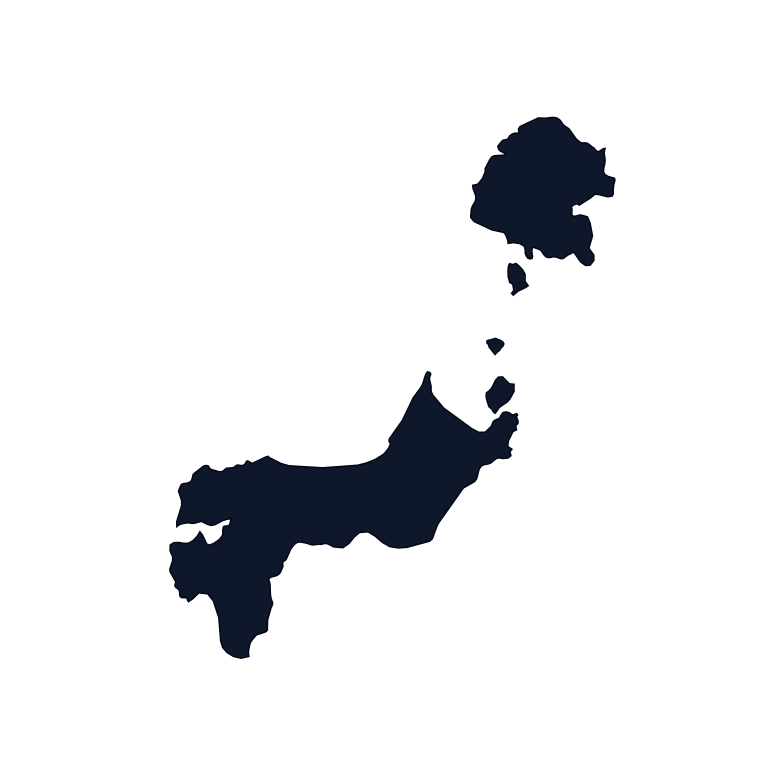 SVG path tracing the border of Bangka-Belitung, rotated 286°
{"feature_id": "IDN-1231", "entity_name": "Bangka-Belitung", "entity_type": "Province", "adm_level": 1, "iso_a3": "IDN", "parent_name": "Indonesia", "parent_adm1": "", "projection": "mercator", "projection_center": [106.711, -2.366], "detail": "fine", "context": "isolated", "style": "filled", "palette": "ink", "viewbox_px": 768, "rotation_deg": 286, "n_neighbors": 0, "source": "natural_earth", "source_scale": "10m", "svg_char_len": 5422}
<svg xmlns="http://www.w3.org/2000/svg" viewBox="0 0 768 768"><g transform="rotate(286 384 384)"><path d="M395.4,421.2L404.3,421.4L407.7,422.4L407.7,425.1L406.4,426.2L404.9,426.2L403.2,426.0L401.1,426.4L394.8,429.9L392.8,430.4L389.4,431.6L386.4,434.5L377.3,448.0L365.3,480.7L363.7,488.3L365.5,494.5L372.4,498.6L374.5,499.0L377.2,499.2L378.9,499.9L380.7,501.6L381.8,503.3L383.3,504.6L386.2,505.1L389.5,506.4L390.9,509.4L390.8,512.9L389.5,515.8L391.3,518.7L392.1,519.7L390.7,521.0L389.0,520.2L387.6,521.3L385.9,522.8L383.6,523.6L382.2,523.2L381.0,522.5L379.7,522.2L376.5,524.0L375.5,523.2L374.8,521.9L373.7,521.0L363.2,519.2L358.0,520.2L356.6,525.0L354.7,524.1L354.0,523.6L350.0,525.8L347.1,523.7L345.3,519.4L344.7,515.1L343.8,513.0L341.8,511.3L337.6,508.5L336.0,506.4L333.7,501.9L331.6,499.9L327.9,498.9L318.7,499.2L315.2,498.0L305.9,488.9L266.1,475.0L262.3,474.1L248.6,473.1L245.5,471.2L233.3,451.1L230.4,443.1L229.3,434.3L231.3,426.1L235.2,417.7L237.5,409.4L234.5,401.4L228.5,397.4L221.2,394.4L215.3,389.6L213.5,380.4L214.7,374.9L214.8,372.7L214.3,370.9L212.6,367.9L211.8,364.8L210.0,360.9L209.5,358.8L209.6,352.3L209.0,346.8L208.0,344.5L206.1,342.7L203.0,341.1L199.8,339.9L188.5,338.3L187.6,337.9L185.6,336.2L184.8,335.8L183.6,336.0L181.5,336.9L180.8,337.1L174.6,336.4L172.9,335.8L170.3,333.7L167.2,328.6L165.0,326.7L160.4,329.5L150.7,332.7L146.7,334.5L142.9,337.3L141.1,337.6L137.4,337.1L125.0,337.1L115.3,339.7L113.7,339.0L112.7,338.0L108.6,332.0L107.9,330.6L100.6,327.3L97.4,326.7L90.9,327.2L87.5,328.0L84.9,329.2L81.1,322.4L80.6,314.6L82.6,307.2L86.2,301.6L91.8,297.9L113.7,289.7L128.5,279.7L133.7,272.3L132.2,263.6L124.6,259.2L120.9,256.0L122.3,254.5L123.8,253.8L123.9,252.2L122.9,248.5L123.6,246.5L125.4,245.6L127.5,245.0L129.4,243.9L130.1,242.8L131.2,239.9L132.2,238.7L133.2,238.4L135.7,238.6L136.8,238.0L144.6,230.1L146.9,229.2L155.8,229.5L159.4,228.6L161.2,227.4L162.6,225.9L165.0,224.2L170.4,222.9L173.6,225.8L175.1,230.5L175.6,235.3L177.0,239.9L180.8,243.6L185.9,246.3L191.2,247.8L189.0,250.9L181.4,257.7L181.0,260.5L183.6,264.0L187.2,267.1L189.8,268.9L193.6,270.4L196.1,270.3L198.6,269.4L202.3,268.9L203.2,269.6L204.6,273.0L205.6,274.1L207.0,274.4L212.3,274.1L210.7,270.3L208.2,266.6L202.3,260.4L200.4,256.9L200.4,253.2L201.7,245.9L201.1,245.4L197.8,240.0L197.2,238.2L196.7,235.1L196.4,233.4L195.2,230.7L193.8,228.1L192.1,225.8L189.8,224.2L194.5,222.7L211.6,223.0L216.4,221.5L224.3,216.0L227.9,216.3L231.6,216.9L233.1,218.9L234.2,221.7L236.5,224.8L238.1,225.5L240.2,225.7L244.4,225.5L245.6,226.1L254.6,232.6L256.1,234.1L256.8,236.1L256.6,238.0L254.7,239.7L254.2,241.9L254.2,249.8L254.9,252.2L256.5,253.7L258.2,254.7L259.5,255.7L260.3,257.4L261.4,260.8L262.1,262.2L263.2,263.3L264.5,264.1L265.6,265.1L266.0,266.9L266.2,269.2L267.0,271.1L268.4,272.4L270.7,272.8L272.4,273.6L272.3,275.5L271.6,277.7L271.3,279.2L281.5,290.7L282.5,292.4L281.6,294.3L279.2,306.8L279.2,315.2L286.5,348.0L298.7,381.2L303.5,389.3L309.2,396.5L315.9,402.6L319.1,404.4L324.0,406.2L328.4,406.8L330.3,404.6L332.6,404.2L354.1,411.7L378.9,415.9L391.4,420.6L395.4,421.2ZM687.4,476.5L686.4,480.0L684.6,482.5L682.8,484.6L682.0,486.3L680.3,491.4L672.4,501.4L670.2,506.6L670.4,508.3L671.4,511.4L671.4,513.1L670.9,515.0L669.3,518.7L668.9,520.3L668.5,521.2L667.6,522.3L666.7,523.8L666.3,525.6L667.1,527.0L670.4,529.7L671.4,531.6L667.1,531.8L660.3,534.8L656.4,535.5L651.9,535.7L648.5,536.5L646.3,538.5L645.3,542.0L645.3,548.9L643.4,549.8L638.0,550.0L633.4,550.9L630.0,552.0L627.5,551.5L625.6,547.3L625.3,538.5L624.6,534.5L619.9,531.3L609.7,522.3L610.1,522.0L610.3,520.7L609.9,518.9L608.5,517.1L606.3,515.4L605.3,515.6L604.1,516.5L601.4,517.1L597.7,518.2L597.7,521.0L600.7,526.2L600.8,533.4L595.7,537.6L583.8,543.6L571.0,543.5L565.8,550.1L560.5,551.7L555.0,549.4L553.5,545.1L555.5,539.4L562.3,531.0L562.7,530.1L562.2,528.9L561.3,528.1L560.5,527.5L559.2,525.7L554.1,521.6L553.3,519.9L553.3,517.6L553.5,515.2L553.4,513.1L552.7,511.1L551.7,509.4L550.9,507.6L550.8,505.1L551.8,502.8L555.3,498.6L556.1,496.7L556.6,489.8L555.5,489.0L552.1,489.6L547.4,491.7L545.5,491.7L544.4,489.6L544.8,487.3L546.5,485.2L548.9,483.6L551.4,483.0L555.2,480.8L556.4,475.6L555.6,469.4L553.4,464.6L555.9,463.5L558.9,461.5L561.5,459.2L562.7,457.3L561.9,445.1L565.0,425.9L568.0,421.4L575.9,419.8L579.0,419.9L584.5,421.3L587.6,421.2L590.7,420.0L596.3,415.8L599.4,414.5L602.0,419.2L608.8,422.0L615.7,422.8L618.9,421.9L628.9,423.9L632.1,425.1L633.8,427.1L637.3,437.0L638.7,437.0L640.0,431.7L641.3,429.4L643.9,427.8L649.9,430.4L651.1,431.2L653.0,434.7L653.8,435.5L657.1,436.4L659.8,438.5L661.5,441.4L662.3,444.8L666.1,442.9L669.0,443.8L682.3,459.0L684.0,466.0L686.8,472.7L687.4,476.5ZM422.2,492.1L423.5,496.1L418.7,504.5L419.6,509.1L413.9,510.6L413.0,511.1L404.3,509.1L401.0,507.6L393.3,501.3L386.5,499.0L387.1,497.1L388.7,495.3L389.5,494.7L390.9,491.5L391.6,490.8L396.0,487.8L399.8,485.7L403.7,484.9L406.4,486.9L409.6,488.6L418.5,490.2L422.2,492.1ZM515.3,480.4L516.3,476.9L521.2,473.9L527.4,471.9L532.4,471.1L534.4,471.7L534.2,474.4L534.9,475.8L536.3,477.7L534.4,481.8L531.7,486.1L528.3,489.4L521.6,491.3L518.2,495.5L515.9,493.7L510.3,487.3L505.0,483.8L506.3,481.6L509.7,483.0L512.6,481.6L515.3,480.4ZM458.6,478.5L458.1,483.5L457.0,486.9L455.6,488.2L453.0,487.8L451.0,486.6L448.1,485.8L446.1,484.2L442.9,482.6L445.9,478.5L448.4,475.0L451.0,473.3L451.3,472.4L452.0,471.5L453.7,471.1L454.5,471.7L456.1,474.8L458.6,478.5Z" fill="#0f172a" stroke="#020617" stroke-width="1.5"/></g></svg>